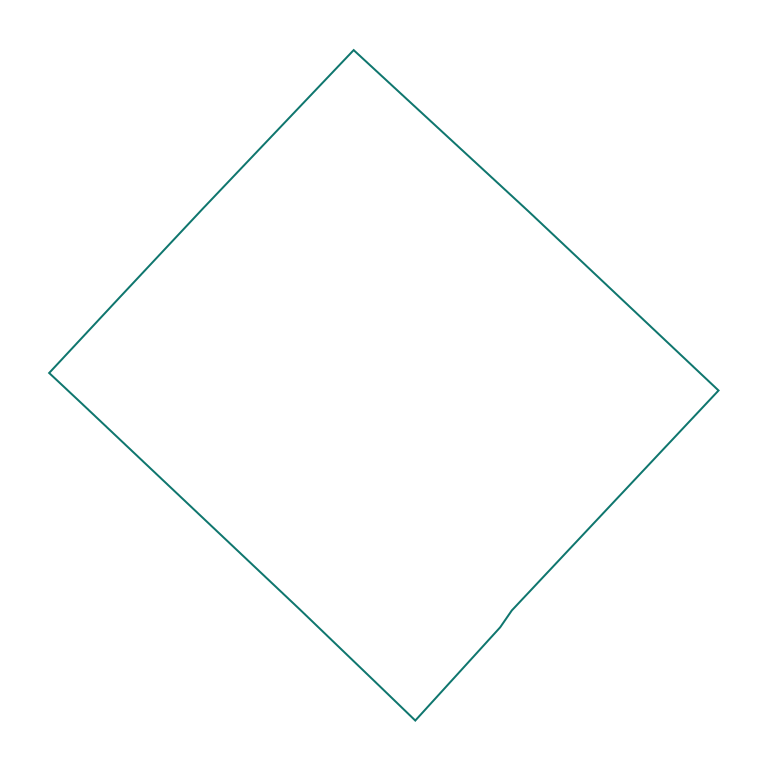 the district of Wayne, Ohio, United States of America, rotated 223°
{"feature_id": "52423323B53124474487881", "entity_name": "Wayne", "entity_type": "district", "adm_level": 2, "iso_a3": "USA", "parent_name": "United States of America", "parent_adm1": "Ohio", "projection": "mercator", "projection_center": [-81.875, 40.83], "detail": "fine", "context": "isolated", "style": "outline", "palette": "teal", "viewbox_px": 768, "rotation_deg": 223, "n_neighbors": 0, "source": "geoboundaries", "source_scale": "gbopen_adm2", "svg_char_len": 322}
<svg xmlns="http://www.w3.org/2000/svg" viewBox="0 0 768 768"><g transform="rotate(223 384 384)"><path d="M633.9,607.5L636.1,389.4L636.4,267.1L636.4,163.7L593.6,163.6L290.9,161.7L184.7,160.1L131.6,159.2L133.1,285.3L136.1,305.6L134.9,607.4L396.2,608.8L633.9,607.5Z" fill="none" stroke="#0f766e" stroke-width="2"/></g></svg>